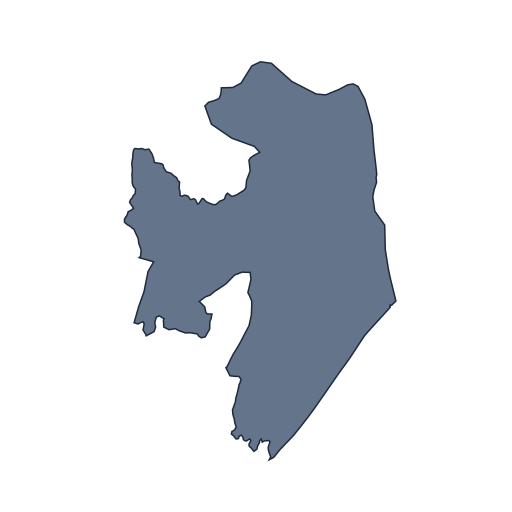 the district of Warri North, Nigeria, rotated 196°
{"feature_id": "59680162B93651715341205", "entity_name": "Warri North", "entity_type": "district", "adm_level": 2, "iso_a3": "NGA", "parent_name": "Nigeria", "parent_adm1": "", "projection": "equal_earth", "projection_center": [5.321, 5.881], "detail": "fine", "context": "isolated", "style": "filled", "palette": "slate", "viewbox_px": 512, "rotation_deg": 196, "n_neighbors": 0, "source": "geoboundaries", "source_scale": "gbopen_adm2", "svg_char_len": 3262}
<svg xmlns="http://www.w3.org/2000/svg" viewBox="0 0 512 512"><g transform="rotate(196 256 256)"><path d="M109.1,251.3L120.6,271.4L125.2,280.0L133.5,297.8L140.8,321.2L154.2,331.9L160.1,345.2L160.7,352.1L160.4,360.1L162.2,364.6L162.3,365.7L162.4,367.7L165.8,376.1L172.0,390.9L180.7,414.1L194.6,436.8L204.7,447.1L210.1,448.2L215.2,445.7L222.1,439.0L233.4,430.1L242.8,428.3L269.6,433.6L294.3,445.5L305.3,443.9L312.4,437.6L318.0,418.1L324.7,411.6L335.7,408.1L334.8,404.3L334.5,400.8L335.0,397.1L339.2,393.7L344.0,390.7L346.5,386.1L335.2,370.4L311.5,362.5L287.8,360.9L281.0,356.7L285.8,352.1L288.5,348.6L289.2,346.2L285.1,336.3L285.4,332.1L285.9,325.9L284.8,320.3L284.7,318.5L285.8,315.7L291.9,309.0L295.6,306.6L300.8,308.5L301.8,306.4L302.0,302.1L303.8,300.2L305.9,298.8L307.7,295.8L309.1,294.2L311.8,293.6L318.5,294.3L322.4,296.6L323.7,296.3L325.2,291.0L326.5,289.8L329.6,293.3L330.7,293.8L331.9,293.8L333.9,292.3L334.9,292.4L337.6,294.6L339.6,294.9L341.7,294.7L343.5,293.1L345.5,293.1L346.9,297.1L348.5,299.7L349.9,306.1L351.5,306.7L354.1,309.5L357.2,310.5L360.4,312.1L365.6,312.3L369.1,315.6L370.4,317.9L372.1,318.7L379.5,317.9L381.6,322.1L384.2,325.6L388.4,329.2L392.1,327.6L395.6,327.8L398.4,326.5L402.1,326.0L402.9,324.2L402.5,320.2L401.7,317.2L400.9,310.6L398.4,304.1L397.7,299.9L395.8,294.8L395.4,292.8L393.8,289.9L392.2,288.3L390.4,287.5L389.3,282.7L390.6,280.4L391.0,278.0L392.2,275.1L392.3,272.7L386.8,268.1L388.6,265.7L391.1,263.3L391.1,262.0L391.3,259.1L392.1,257.3L392.6,254.9L391.6,252.1L387.7,250.4L384.8,249.8L383.6,249.0L380.7,248.0L374.0,240.2L372.1,235.7L368.1,230.2L366.9,223.9L367.9,222.2L352.8,222.2L355.5,211.3L353.8,190.9L354.8,175.5L354.8,158.3L350.8,158.1L347.3,161.2L346.2,161.6L344.8,159.8L344.6,158.2L344.2,153.7L340.5,150.4L339.6,149.0L337.8,150.7L336.0,152.4L333.1,155.3L332.9,160.1L334.9,163.8L335.0,167.0L334.9,169.9L332.3,171.8L327.1,170.3L327.3,168.8L325.0,162.2L319.3,161.2L315.6,162.9L313.7,163.9L308.5,162.9L302.5,162.6L298.0,164.1L290.9,164.9L289.0,163.2L285.9,162.3L282.5,164.3L280.4,173.0L282.3,180.2L281.9,183.1L282.3,188.1L287.0,186.9L288.7,188.1L291.3,193.0L298.0,196.7L293.7,202.5L289.4,205.7L286.2,210.4L281.9,215.3L276.8,221.6L271.5,231.6L265.0,236.6L257.1,238.6L255.4,234.5L254.4,232.1L253.7,218.6L251.3,216.0L247.6,211.4L246.3,206.7L244.2,198.0L243.5,187.0L245.4,178.1L247.1,169.3L249.1,161.4L250.7,155.9L252.1,148.9L253.3,141.5L254.2,140.4L248.0,133.7L244.2,134.3L242.4,134.7L239.3,135.5L236.4,133.4L236.4,129.5L236.8,128.1L236.4,123.0L236.2,117.7L236.2,114.0L235.6,109.7L236.2,101.7L234.6,97.5L232.0,93.2L230.2,89.5L228.0,86.3L228.6,82.8L230.8,80.7L230.6,78.0L228.2,77.2L224.7,74.6L222.6,75.6L222.5,78.1L220.8,79.7L219.0,78.6L217.5,76.1L216.4,75.5L214.4,75.4L211.6,78.4L210.0,77.1L210.9,73.7L210.6,72.1L209.7,71.0L208.0,70.3L206.5,69.2L204.1,67.6L201.9,70.6L202.1,73.3L201.2,78.0L201.7,79.3L200.5,81.5L198.7,78.8L197.1,80.5L192.6,82.2L191.3,81.1L191.6,75.8L190.8,73.3L189.2,70.6L186.5,66.9L187.1,63.8L183.4,67.4L179.5,76.7L170.7,93.4L166.2,104.0L161.8,115.0L158.2,124.6L151.6,143.9L146.8,158.1L143.8,166.9L140.3,176.4L137.6,184.0L130.6,206.5L129.6,209.5L127.7,213.7L119.3,230.6L112.9,243.6L113.5,244.6L113.5,245.8L113.0,245.4L112.1,246.0L109.1,251.3Z" fill="#64748b" stroke="#1e293b" stroke-width="1.5"/></g></svg>